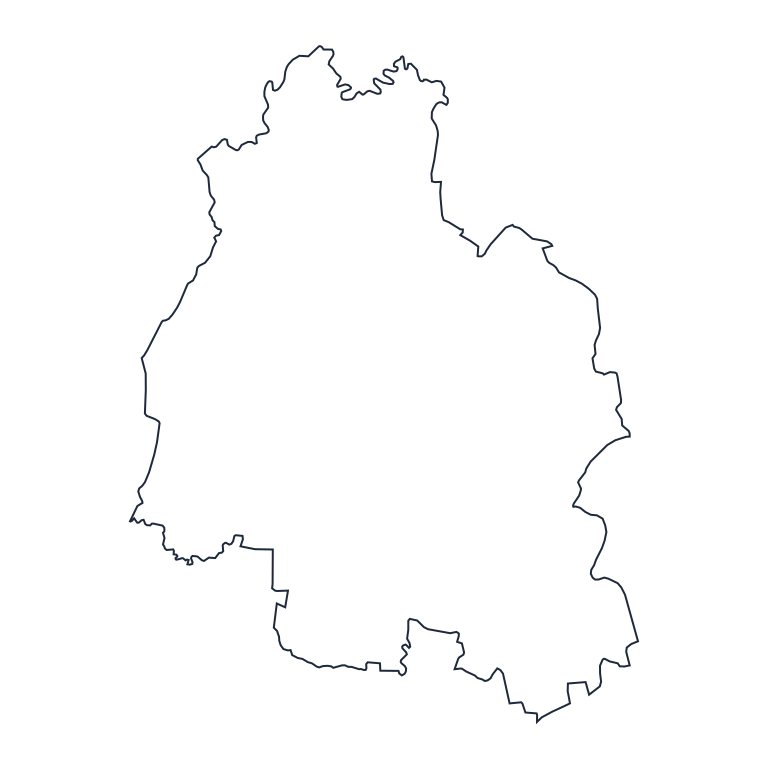 the district of Cu Mgar, Đắk Lắk, Vietnam
{"feature_id": "81297802B57943820891789", "entity_name": "Cu Mgar", "entity_type": "district", "adm_level": 2, "iso_a3": "VNM", "parent_name": "Vietnam", "parent_adm1": "Đắk Lắk", "projection": "robinson", "projection_center": [108.059, 12.895], "detail": "fine", "context": "isolated", "style": "outline", "palette": "slate", "viewbox_px": 768, "rotation_deg": 0, "n_neighbors": 0, "source": "geoboundaries", "source_scale": "gbopen_adm2", "svg_char_len": 6019}
<svg xmlns="http://www.w3.org/2000/svg" viewBox="0 0 768 768"><path d="M311.9,663.3L316.8,666.7L319.2,667.4L322.9,666.1L327.7,665.8L331.3,666.4L333.3,667.8L342.2,665.3L344.9,665.3L348.2,666.8L351.7,666.9L359.1,669.2L360.9,669.0L363.9,670.0L365.7,669.9L366.4,668.4L366.2,664.1L367.7,662.3L380.0,663.3L380.3,670.7L398.5,670.9L399.3,673.5L401.9,675.4L404.6,673.8L405.9,671.4L406.1,668.4L404.8,666.0L401.4,663.2L400.7,661.7L401.1,660.1L406.8,654.4L406.3,652.5L402.4,648.2L402.2,646.7L402.9,645.6L405.2,644.6L406.0,644.8L409.0,647.9L410.2,646.7L409.5,643.0L407.1,638.7L408.3,629.8L408.3,620.8L409.8,618.9L417.2,620.5L423.9,627.1L428.0,629.2L450.2,633.2L456.5,631.9L458.8,633.5L458.8,635.9L457.1,641.8L461.9,643.4L464.1,652.5L463.4,654.7L459.2,657.4L458.2,658.9L454.6,669.2L460.9,668.5L462.1,668.8L466.2,671.5L474.9,675.5L477.7,678.1L482.0,679.3L484.9,681.0L487.6,680.4L490.6,678.3L492.6,674.4L497.3,668.4L500.4,670.1L503.0,673.6L509.6,703.4L521.3,702.3L522.5,703.8L525.4,712.5L536.6,713.4L537.1,714.9L537.0,721.9L541.8,717.3L552.6,711.5L570.0,703.4L567.7,691.2L567.9,683.5L585.6,682.1L589.1,694.7L599.8,686.4L601.1,681.8L600.1,673.6L600.0,665.8L602.4,660.1L603.5,658.9L605.0,658.9L609.6,661.4L617.7,663.3L619.8,666.3L624.5,666.5L629.7,665.4L626.2,651.8L626.8,647.5L631.3,644.0L638.0,641.3L625.0,594.7L621.4,587.6L617.7,583.2L608.4,578.7L604.3,577.6L598.6,579.5L594.9,579.5L592.7,577.7L590.8,573.8L591.3,569.7L594.1,565.2L596.1,559.6L601.9,548.2L604.6,540.7L606.4,532.0L605.2,525.4L602.6,518.6L596.8,515.3L590.9,514.8L585.4,512.0L580.1,507.8L575.8,506.5L573.4,506.8L573.0,505.7L573.9,503.4L579.1,495.7L580.7,490.8L581.0,488.6L578.1,482.3L579.0,480.4L585.2,472.4L586.3,468.5L590.7,461.5L607.3,445.0L615.4,440.2L626.0,436.8L629.7,436.6L629.6,433.1L628.7,431.0L622.2,425.5L621.7,419.0L616.1,409.9L616.9,407.2L620.9,403.1L621.1,400.0L617.5,376.6L616.6,373.4L615.1,372.6L609.9,372.1L604.0,374.6L602.7,373.3L595.9,371.6L594.2,368.5L592.5,358.3L595.5,354.0L594.6,344.9L595.9,340.6L598.9,334.2L600.1,328.0L597.8,308.6L597.1,298.8L595.0,294.7L588.8,288.8L581.9,283.7L575.6,280.4L569.1,278.0L559.0,272.4L556.0,267.5L553.3,265.1L549.0,262.7L547.4,261.0L542.7,248.4L552.2,245.9L551.4,244.2L547.1,241.4L532.4,238.7L521.8,229.7L519.3,228.0L513.8,226.5L512.6,224.9L505.7,227.6L490.6,244.3L486.2,250.8L484.9,253.7L481.8,256.3L478.4,256.3L477.6,256.1L478.3,246.5L469.9,240.6L460.3,235.1L462.7,232.5L462.9,229.5L460.1,229.2L448.8,222.2L443.7,220.1L442.1,215.3L440.7,199.8L440.2,192.4L441.0,181.9L434.8,182.1L432.0,181.4L431.4,173.8L434.3,160.0L438.0,134.8L437.6,130.7L436.1,125.5L431.7,118.5L431.9,112.2L433.5,108.6L436.2,104.3L437.7,103.1L439.7,102.3L441.7,102.3L446.4,104.9L447.8,102.8L447.8,99.2L447.0,97.8L443.5,94.9L444.5,87.6L441.1,81.6L436.4,80.9L431.8,82.3L426.4,79.6L423.8,79.7L423.6,80.7L422.6,81.3L421.0,81.0L419.9,80.1L418.0,75.2L416.9,69.8L410.9,63.7L408.3,64.0L407.4,68.4L406.6,69.2L405.5,69.2L404.9,68.5L403.4,57.2L402.5,56.4L401.3,56.8L400.2,59.2L395.4,61.7L393.9,63.8L394.0,66.2L397.3,67.3L397.7,68.0L397.5,69.5L396.5,71.1L393.7,71.6L387.3,69.6L385.2,69.7L383.7,70.8L383.5,73.8L384.7,75.4L388.8,77.5L393.0,80.8L393.6,82.3L392.6,83.9L389.4,84.0L383.0,82.6L375.9,78.5L374.2,78.8L373.7,79.8L374.2,83.3L380.4,89.6L380.8,92.1L380.1,93.5L377.3,93.8L369.6,90.8L367.4,91.3L363.6,94.5L362.5,94.6L359.2,91.8L356.7,93.3L354.3,97.2L352.2,99.1L346.8,99.9L343.1,99.4L342.1,98.8L341.3,96.6L341.7,93.0L342.3,92.2L349.9,89.4L350.8,88.5L351.0,87.4L348.4,85.1L345.1,84.4L338.1,86.8L337.4,86.6L337.1,84.9L340.7,78.8L340.4,76.8L336.3,73.4L333.0,68.5L328.7,64.5L329.3,61.3L333.0,55.8L333.5,54.4L333.3,51.8L332.0,49.6L323.5,49.5L321.8,47.0L320.0,46.1L318.9,46.4L308.3,56.3L299.4,55.8L292.8,59.7L288.6,64.2L286.9,66.9L285.3,71.6L284.4,79.3L283.4,81.9L279.9,87.4L277.5,89.7L274.9,90.7L273.0,89.9L272.3,82.6L271.7,81.6L269.6,81.2L268.6,81.6L267.1,83.6L265.4,87.0L264.4,91.5L264.4,96.2L268.0,104.6L268.2,106.8L268.0,107.9L263.4,114.5L263.0,116.6L263.2,120.5L264.6,123.2L267.7,127.0L268.7,129.7L268.6,131.4L266.5,133.2L258.9,134.6L256.7,135.8L256.1,137.5L256.8,143.0L254.9,143.8L251.7,142.0L248.0,141.9L241.7,144.9L238.8,149.5L237.2,150.3L235.8,150.0L228.7,145.9L227.8,144.4L226.9,139.8L224.5,139.1L222.1,140.1L216.3,146.6L213.9,147.3L211.7,146.6L197.8,158.8L197.8,160.3L200.5,164.6L202.7,170.6L206.9,175.1L208.3,177.4L209.6,192.1L210.8,195.6L214.1,199.7L214.7,202.4L209.3,212.2L209.6,214.5L211.6,217.0L212.6,220.4L214.4,222.0L214.8,226.2L218.0,228.9L220.6,229.4L221.2,231.1L219.1,235.0L216.0,235.7L214.3,237.6L216.1,241.4L213.0,247.4L210.3,256.2L205.0,262.8L198.8,266.0L197.3,267.8L196.2,274.4L193.0,280.5L188.2,283.4L187.2,285.0L180.1,301.9L176.9,308.0L172.3,314.8L168.8,318.8L165.5,320.4L163.0,320.7L161.7,322.0L147.3,350.2L144.2,355.3L141.7,358.1L145.7,373.5L145.8,390.0L144.9,413.5L146.6,415.8L155.0,419.1L158.8,421.5L159.6,423.2L157.0,442.2L154.3,454.4L149.1,472.2L145.0,482.1L142.1,486.0L139.1,488.5L138.3,491.6L140.0,496.9L142.2,501.0L142.5,502.9L137.4,506.0L130.0,521.3L130.7,521.5L132.2,520.6L134.1,518.3L137.2,522.7L138.7,522.7L141.8,520.1L143.6,519.8L145.3,524.1L147.1,525.2L150.2,525.4L151.9,523.6L153.3,523.6L162.6,525.6L164.2,527.7L164.4,529.6L164.3,531.3L163.0,532.8L164.5,538.0L163.0,544.5L164.3,546.4L164.8,548.4L166.6,550.0L173.2,549.4L173.9,550.8L173.6,554.3L176.4,554.7L177.3,555.8L177.3,556.5L175.5,558.1L175.8,559.4L176.7,559.7L182.1,558.2L183.1,558.3L185.6,560.4L187.0,559.6L188.6,560.0L187.4,564.3L189.9,564.7L192.3,563.9L192.5,562.1L191.0,558.3L191.7,556.5L192.7,555.9L197.5,556.5L201.7,560.1L203.9,561.0L208.9,557.6L215.2,558.1L219.0,553.1L221.7,552.7L223.2,551.2L222.7,545.4L223.1,544.4L225.0,542.9L226.2,542.9L229.3,544.6L231.4,543.8L233.1,541.3L234.4,536.0L235.7,535.2L242.5,535.9L242.9,539.3L240.5,546.3L255.0,549.2L272.8,549.5L272.6,583.9L272.1,588.3L275.0,590.6L277.0,591.0L288.0,590.6L285.2,607.3L276.8,603.5L273.8,627.7L277.0,630.9L279.0,636.6L279.3,640.9L280.7,645.3L283.5,649.1L287.9,650.4L290.6,650.1L292.2,655.1L297.8,658.0L302.4,658.9L308.0,662.2L311.9,663.3Z" fill="none" stroke="#1e293b" stroke-width="2"/></svg>